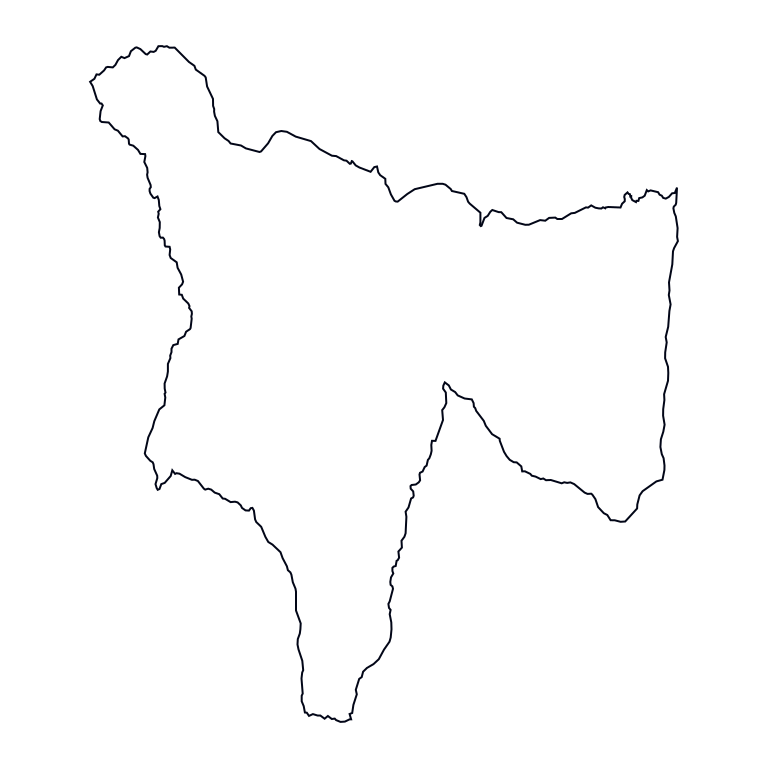 the district of San Bernardo, Cundinamarca, Colombia
{"feature_id": "7082276B63706767253124", "entity_name": "San Bernardo", "entity_type": "district", "adm_level": 2, "iso_a3": "COL", "parent_name": "Colombia", "parent_adm1": "Cundinamarca", "projection": "equal_earth", "projection_center": [-74.363, 4.131], "detail": "fine", "context": "isolated", "style": "outline", "palette": "ink", "viewbox_px": 768, "rotation_deg": 0, "n_neighbors": 0, "source": "geoboundaries", "source_scale": "gbopen_adm2", "svg_char_len": 6071}
<svg xmlns="http://www.w3.org/2000/svg" viewBox="0 0 768 768"><path d="M312.9,714.1L317.5,715.5L320.3,715.5L324.6,718.7L327.9,716.0L331.8,719.0L334.7,718.6L336.1,720.1L340.5,721.9L344.9,721.6L349.7,719.3L351.1,719.3L349.6,714.0L352.2,713.0L353.4,704.9L356.8,694.3L355.8,689.8L359.2,678.9L361.7,677.1L363.1,671.7L367.0,667.9L373.5,664.1L378.8,659.2L384.0,649.6L389.5,641.7L390.7,637.5L391.5,629.3L391.3,622.4L389.7,614.2L390.6,609.9L389.0,607.9L388.4,603.9L389.7,601.4L393.0,588.8L392.4,586.4L390.6,584.8L390.3,581.9L391.0,577.4L393.3,573.5L392.4,571.0L392.4,567.9L393.6,566.6L395.7,566.0L396.6,560.8L397.7,560.2L399.1,557.7L398.4,551.5L401.9,547.6L401.5,540.7L404.4,536.8L405.6,533.3L406.4,516.8L405.6,511.7L408.5,507.5L411.1,498.5L413.1,497.4L413.7,495.7L413.2,491.4L410.7,488.7L410.5,486.1L411.6,485.0L415.8,484.5L418.8,482.3L420.1,480.3L419.5,474.5L420.0,472.8L422.6,471.5L424.7,467.0L426.6,465.6L427.9,459.9L429.3,458.3L430.8,454.4L431.6,450.8L431.3,445.0L432.0,440.8L435.5,440.9L443.0,420.0L442.2,410.1L444.4,407.3L446.3,403.1L445.8,392.5L443.1,388.7L443.3,385.7L444.8,382.4L448.8,385.4L450.9,389.5L455.2,392.1L457.7,395.4L464.6,398.5L471.8,399.4L473.6,403.1L473.9,406.7L475.2,408.1L476.2,410.9L483.8,420.9L485.8,425.8L492.1,434.2L499.6,438.7L499.8,440.8L504.0,451.8L506.6,456.1L509.7,459.8L513.7,462.2L516.7,462.4L521.3,466.4L522.2,471.4L524.9,471.3L530.3,473.9L531.8,475.7L535.6,476.6L540.7,479.1L543.3,478.5L546.0,480.2L550.8,480.0L561.7,483.3L564.2,482.3L567.2,482.9L570.4,482.4L574.2,484.1L584.6,492.6L587.5,493.9L591.2,493.7L592.3,494.6L595.4,499.1L598.1,507.1L603.8,513.2L607.3,515.0L610.6,520.2L614.8,520.3L620.6,521.8L625.2,521.5L637.1,508.5L637.3,504.4L639.6,495.4L642.6,491.2L656.4,481.4L662.5,479.7L664.4,470.0L664.5,465.5L663.6,458.2L661.8,454.2L660.4,447.0L660.9,439.3L663.3,431.7L664.6,424.7L663.1,415.7L663.2,409.2L664.4,400.0L664.1,394.2L668.0,380.8L668.3,373.0L668.0,366.8L665.1,358.3L665.2,352.4L666.7,342.4L665.7,337.0L668.2,326.8L669.4,311.0L670.6,304.4L668.8,295.0L669.5,290.5L669.0,282.4L672.3,264.4L673.0,251.3L674.1,248.1L677.9,241.1L677.1,236.9L677.6,228.1L675.8,216.4L674.3,212.9L673.4,208.3L673.8,206.6L675.7,204.7L676.2,202.9L677.0,187.6L674.8,193.0L672.1,193.3L668.9,196.9L665.8,198.6L663.2,197.9L661.8,195.7L659.6,194.7L658.1,192.2L650.6,190.4L648.2,191.4L646.8,190.1L644.7,195.7L642.4,197.4L639.2,198.1L638.4,200.9L636.5,200.8L636.0,202.1L632.3,200.1L631.2,197.9L631.2,196.2L630.3,196.5L629.9,194.2L628.6,193.9L627.5,192.4L624.7,194.9L624.2,197.0L624.8,199.0L624.7,201.3L622.1,203.7L620.5,207.5L608.2,207.0L605.7,207.5L605.3,208.3L603.0,207.3L601.4,208.5L598.8,208.4L595.3,207.7L591.2,205.4L588.1,207.6L585.9,207.4L574.8,212.9L571.2,213.3L562.0,219.0L557.3,219.0L555.3,217.6L549.1,217.9L545.3,220.7L540.1,220.1L528.9,224.7L525.3,224.8L517.1,222.7L513.2,219.3L506.5,218.0L501.3,212.2L498.6,212.1L492.3,210.0L490.3,211.8L487.7,215.9L484.5,217.9L481.5,225.8L480.8,226.1L479.8,225.0L480.4,222.4L480.4,212.7L469.7,203.6L468.1,201.7L466.5,197.2L464.3,193.8L451.9,191.0L450.7,189.0L445.5,184.7L442.7,183.8L437.5,183.8L414.7,189.2L407.3,194.0L397.7,201.6L395.9,201.5L394.5,200.8L390.9,194.4L388.3,187.3L385.5,183.9L385.3,178.8L380.2,175.2L378.3,172.4L377.0,166.5L374.3,167.1L370.6,171.8L359.4,167.5L355.7,165.4L352.4,161.3L351.8,161.1L350.8,163.6L349.8,163.8L346.5,160.7L343.9,160.3L336.2,156.1L331.9,155.7L319.5,149.0L311.0,141.1L295.7,136.6L286.9,131.8L281.3,131.0L276.0,132.2L272.4,135.9L268.1,143.3L261.1,151.4L259.5,152.0L245.9,148.4L241.0,145.5L230.6,143.5L228.6,141.0L224.6,138.3L218.3,132.1L217.4,121.2L214.9,115.9L214.1,111.7L214.2,109.0L213.1,105.9L213.0,98.9L207.1,86.5L205.7,77.4L204.5,75.8L195.8,69.6L194.4,65.8L189.0,62.0L174.7,47.6L169.4,47.7L166.9,46.2L164.0,46.8L162.2,46.1L158.4,46.2L155.7,50.8L153.7,51.9L150.4,51.5L147.2,54.5L145.7,54.1L140.4,49.1L136.7,47.4L135.3,47.7L130.9,51.2L129.0,56.1L124.5,58.1L121.3,56.8L118.0,60.1L115.4,64.9L112.8,67.4L107.7,66.9L106.1,67.4L104.1,70.4L99.3,74.7L96.5,74.4L94.4,78.8L90.1,81.8L92.7,86.1L96.9,99.4L100.1,103.5L101.5,103.5L102.8,105.4L100.6,111.1L99.7,119.1L100.3,121.0L101.8,122.0L108.7,122.5L114.6,129.3L117.9,130.7L122.6,136.4L125.0,136.2L128.0,138.4L128.7,139.5L129.0,143.7L129.6,144.6L133.3,145.7L138.0,149.9L140.4,153.9L145.1,154.1L145.4,156.1L144.3,162.0L147.2,167.9L147.6,172.3L147.1,174.7L147.6,177.8L150.6,185.0L150.8,187.2L149.6,188.9L149.6,191.1L150.4,193.6L153.3,197.7L154.6,198.1L157.5,196.5L158.8,200.0L159.3,206.0L160.4,209.2L158.2,211.7L158.7,213.8L157.9,217.5L159.8,222.1L159.7,228.0L158.9,232.2L159.6,236.1L160.7,237.7L162.9,237.6L164.1,239.0L164.6,240.6L164.8,245.4L165.5,246.5L169.6,246.8L170.2,249.4L169.6,255.0L170.7,258.0L176.7,262.3L177.6,267.8L181.2,274.5L183.1,281.7L182.1,284.3L178.9,287.7L179.2,294.5L181.8,294.8L183.2,298.6L188.3,303.5L189.5,306.1L189.1,307.9L191.7,311.3L191.9,313.9L191.3,316.5L191.7,318.7L190.6,328.0L190.0,329.1L186.1,331.7L184.4,336.0L178.5,339.4L177.7,343.9L173.3,345.1L171.5,348.7L171.5,352.1L170.2,355.6L170.4,358.1L167.9,363.9L167.9,371.5L167.1,376.4L164.6,383.5L164.7,388.6L165.5,392.6L164.6,393.8L165.3,397.5L164.4,405.3L159.3,409.4L154.3,421.2L152.6,428.0L148.3,437.3L144.8,453.4L145.9,455.9L150.3,460.8L152.7,462.3L153.5,464.2L154.2,469.0L157.2,475.7L157.3,478.1L155.5,484.1L156.7,488.1L157.7,489.8L159.5,489.0L161.3,484.1L164.7,482.9L170.7,476.0L172.3,470.3L175.1,473.9L176.5,473.2L179.5,473.7L185.2,477.1L191.9,479.8L194.7,479.7L197.9,481.0L203.9,488.7L205.2,489.6L208.2,488.7L211.2,489.6L214.7,492.6L219.3,494.2L222.7,498.5L225.1,498.8L230.6,502.1L235.0,501.7L237.6,502.4L240.8,505.4L242.0,507.9L245.5,510.4L249.0,510.6L250.7,508.2L252.4,507.9L253.9,510.6L255.1,519.4L256.3,522.1L261.2,526.8L265.4,536.9L268.3,542.0L272.5,544.6L280.5,552.2L282.6,558.1L286.9,566.3L287.9,570.2L290.4,572.4L291.4,574.7L292.8,582.2L295.5,588.7L296.0,591.7L296.0,610.5L300.7,623.4L300.4,629.2L299.8,633.6L297.8,639.1L297.5,644.5L298.5,649.4L302.3,660.8L303.2,670.2L302.2,672.5L301.5,678.5L302.7,693.6L301.7,695.7L301.7,701.3L303.7,706.1L304.9,712.5L306.8,712.7L309.0,715.9L312.9,714.1Z" fill="none" stroke="#020617" stroke-width="2"/></svg>